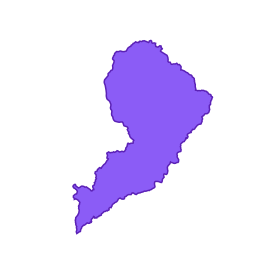 Pataz, San Martín, Peru (orthographic projection), rotated 246°
{"feature_id": "86281439B60553408093746", "entity_name": "Pataz", "entity_type": "district", "adm_level": 2, "iso_a3": "PER", "parent_name": "Peru", "parent_adm1": "San Martín", "projection": "orthographic", "projection_center": [-77.413, -8.063], "detail": "fine", "context": "isolated", "style": "filled", "palette": "violet", "viewbox_px": 256, "rotation_deg": 246, "n_neighbors": 0, "source": "geoboundaries", "source_scale": "gbopen_adm2", "svg_char_len": 5748}
<svg xmlns="http://www.w3.org/2000/svg" viewBox="0 0 256 256"><g transform="rotate(246 128 128)"><path d="M52.4,38.3L53.0,41.6L52.8,42.1L52.9,42.5L54.7,43.6L55.1,44.5L56.5,45.7L56.7,46.6L57.1,47.3L57.3,48.1L57.0,48.5L57.2,49.9L57.9,52.0L57.8,52.3L57.1,52.9L56.6,54.3L56.8,54.9L57.5,55.4L57.4,55.9L56.9,56.2L57.5,56.8L58.6,56.8L59.2,57.2L59.5,57.5L60.1,59.4L61.2,60.6L61.1,60.8L60.5,61.1L59.8,61.2L59.5,61.0L59.2,61.0L58.9,62.3L58.5,62.9L59.2,63.6L59.0,65.4L59.7,66.1L59.2,67.2L59.3,68.2L60.4,68.8L60.8,70.7L61.4,72.1L61.0,73.3L61.2,74.7L61.2,75.1L60.7,75.4L60.9,76.1L60.8,77.0L61.0,77.5L62.0,77.7L62.4,78.1L62.7,79.4L62.1,80.2L62.6,80.6L63.3,81.7L63.9,81.9L64.7,83.5L64.9,85.0L65.2,85.5L65.2,87.5L65.9,89.0L66.9,90.0L67.3,91.5L67.1,92.4L65.9,93.1L65.3,94.0L64.8,95.2L64.9,96.0L66.3,96.8L66.4,97.1L66.3,98.5L66.8,99.6L67.0,101.3L65.9,103.7L66.9,105.1L67.0,105.5L66.5,106.0L66.4,106.6L65.0,107.3L63.9,108.4L64.4,110.6L63.8,112.9L63.9,113.8L63.5,115.8L63.7,117.2L63.0,118.6L62.7,121.3L62.2,122.0L62.5,123.2L62.3,124.3L62.7,125.9L62.7,127.5L63.1,128.5L63.5,128.8L66.1,129.4L67.2,130.0L67.8,130.5L68.0,131.2L67.9,131.7L66.9,133.8L64.9,135.9L64.6,136.6L65.6,137.7L67.2,138.6L68.4,141.0L69.8,141.1L71.2,141.9L71.3,142.4L71.1,142.8L70.0,144.0L70.0,144.5L70.6,145.5L72.7,147.0L73.9,147.2L76.2,148.0L77.2,149.2L78.3,151.8L79.7,153.0L79.0,153.4L78.3,154.4L77.2,155.4L76.7,156.2L76.5,157.0L76.6,158.6L76.2,159.7L76.6,160.4L78.4,161.4L81.3,161.1L82.0,161.3L82.8,161.9L83.7,161.9L84.5,162.3L85.2,163.0L85.4,163.8L85.4,165.6L85.1,166.5L85.3,166.9L86.6,167.7L87.9,167.8L88.6,168.2L89.6,168.2L90.3,169.0L91.3,169.2L92.1,169.8L93.0,172.7L92.8,173.9L93.6,174.9L94.0,176.1L94.4,176.4L95.0,176.4L95.5,177.1L95.3,177.7L94.7,177.7L94.6,178.1L95.6,179.2L96.0,179.4L97.5,179.2L98.2,180.0L98.5,182.3L98.2,183.8L98.3,184.0L99.3,184.0L99.5,185.0L100.5,186.4L99.9,187.5L100.1,188.6L100.8,189.5L102.3,192.5L102.5,194.3L102.0,196.1L102.1,196.5L103.0,197.3L103.8,198.3L105.2,198.9L105.9,199.8L107.0,200.0L108.0,199.9L108.3,200.2L108.6,202.2L109.5,203.7L109.6,204.5L108.9,206.0L109.3,207.9L109.7,208.4L111.8,210.2L113.1,210.4L115.4,211.4L115.8,211.9L115.7,212.6L116.1,213.1L117.7,213.7L118.6,214.5L119.2,214.7L119.8,215.9L120.8,216.6L121.6,217.6L122.1,217.7L123.2,216.9L124.1,217.2L124.9,217.1L126.3,215.5L128.3,215.3L129.0,214.6L129.5,214.6L130.1,214.0L130.6,213.0L131.5,212.5L132.0,211.4L132.5,210.7L132.5,209.4L133.4,208.0L133.7,206.7L134.7,205.9L135.1,205.1L136.2,205.8L138.3,206.2L140.7,207.3L141.4,207.1L142.8,207.6L143.3,207.5L144.4,208.1L145.3,208.2L146.2,208.6L147.5,208.2L148.4,207.5L149.8,207.6L150.6,207.3L150.7,207.0L152.0,205.7L154.2,204.9L155.1,203.9L156.4,203.2L156.9,202.7L157.2,202.7L159.4,200.5L159.6,199.9L162.3,201.4L162.9,201.4L165.1,200.8L165.5,199.4L167.3,198.9L167.2,197.5L168.1,195.4L168.2,194.2L168.5,193.6L169.3,193.3L170.9,193.3L171.7,191.8L172.6,191.6L174.2,192.5L176.3,193.1L178.5,193.2L184.8,188.9L185.4,189.2L185.7,189.9L186.3,190.4L186.2,191.3L186.5,191.6L188.3,191.0L189.3,191.6L190.2,190.6L189.7,188.2L190.9,186.8L191.3,186.5L192.3,186.9L193.2,186.9L194.1,187.7L195.1,186.5L195.4,185.0L195.7,184.7L196.2,184.5L197.8,184.9L198.7,184.5L198.8,182.9L198.0,182.2L197.8,181.4L199.7,179.8L200.1,179.1L200.5,179.0L201.2,178.2L201.2,177.6L201.6,176.9L201.4,176.4L201.4,175.7L202.5,174.1L202.3,173.1L201.7,172.8L201.8,172.3L202.8,170.6L203.6,170.1L203.0,167.9L203.2,167.1L202.4,166.1L202.3,164.5L201.4,163.7L201.6,162.9L201.3,161.2L201.0,160.3L199.0,157.7L199.4,155.4L200.4,153.4L200.7,153.3L201.5,152.2L201.6,150.5L202.5,148.6L201.6,146.3L201.0,145.7L200.3,145.4L199.8,144.2L198.9,143.4L198.3,142.6L197.4,142.0L196.6,142.1L195.4,142.7L195.0,142.7L193.4,141.6L191.3,139.3L189.1,138.6L187.8,137.7L187.4,137.0L187.5,135.8L186.7,134.5L185.9,132.2L185.5,131.7L184.4,131.5L183.9,131.1L181.6,126.3L180.3,125.3L179.0,124.7L176.1,124.5L171.7,123.4L168.5,122.4L166.1,121.2L164.1,120.7L162.7,120.7L159.9,122.1L156.5,122.0L155.3,121.4L153.5,120.1L152.1,119.9L151.2,120.2L150.4,120.2L149.5,119.9L147.6,118.7L146.2,118.3L144.3,118.6L142.7,118.2L141.1,118.2L139.5,118.8L137.5,121.3L136.8,122.4L136.4,123.9L135.8,125.2L134.7,125.5L131.8,125.2L131.2,125.7L129.7,127.4L128.9,127.9L127.6,127.9L126.9,126.7L124.7,126.8L124.1,127.2L123.6,127.0L123.1,126.2L122.2,126.3L121.5,126.7L120.4,126.4L118.9,126.3L117.0,126.9L115.1,128.1L114.4,128.3L113.8,127.3L112.5,126.8L112.1,126.4L112.9,124.5L112.9,123.0L114.1,121.9L113.6,121.0L112.9,120.9L112.7,120.3L111.6,119.7L110.5,117.7L109.4,117.4L108.9,116.4L108.2,115.6L108.0,114.5L108.3,114.0L108.8,113.7L108.9,113.0L109.3,112.7L109.3,111.5L109.7,110.3L111.1,109.5L111.7,108.8L111.3,107.7L111.2,105.9L112.1,105.2L111.9,104.0L112.5,102.6L112.6,101.6L113.3,101.0L114.0,100.7L113.7,98.5L113.1,98.2L111.5,98.3L109.2,96.5L107.9,97.4L107.3,96.9L106.9,95.7L104.8,92.8L104.3,90.8L102.9,88.1L102.1,87.3L102.1,86.9L103.3,86.2L103.4,85.7L102.5,84.1L102.7,83.5L102.6,83.3L101.3,82.4L101.3,80.3L99.9,79.3L98.4,79.8L96.5,79.2L95.7,78.3L94.5,78.5L93.8,77.1L92.3,76.5L91.8,75.0L90.8,75.0L89.5,73.7L89.6,72.7L89.2,72.1L88.3,71.8L86.9,71.7L86.5,71.9L85.6,71.7L85.8,70.5L85.2,69.6L85.5,68.9L85.9,68.6L87.0,68.5L91.2,65.9L91.4,64.6L92.6,63.9L93.7,62.3L93.7,61.0L93.3,59.9L93.5,58.3L96.4,56.8L97.8,57.0L98.2,56.1L97.7,54.6L96.7,53.8L95.9,54.2L95.0,54.2L94.4,55.0L93.5,55.2L92.6,55.8L90.8,56.0L89.7,55.2L88.7,54.2L89.0,53.0L88.3,50.6L87.0,49.9L86.2,50.0L85.4,50.6L84.6,50.0L84.4,51.5L83.7,52.2L81.8,53.3L81.2,53.3L80.4,53.7L79.3,53.6L78.8,53.0L77.8,52.5L77.2,51.4L76.6,51.4L76.3,50.9L76.0,51.0L74.4,50.1L72.9,50.1L70.4,48.5L69.1,46.9L68.9,46.8L67.4,43.8L65.7,42.9L65.3,42.3L64.6,42.3L63.1,41.6L62.1,41.6L61.6,41.2L60.6,41.0L58.7,41.0L58.3,40.5L57.5,40.2L56.8,40.2L55.7,39.8L54.2,38.5L52.4,38.3Z" fill="#8b5cf6" stroke="#5b21b6" stroke-width="1.5"/></g></svg>